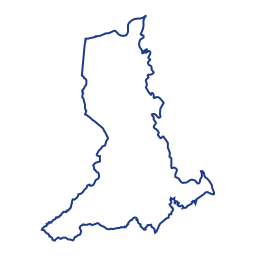 outline of San Martín De Loba, Bolívar, Colombia
{"feature_id": "7082276B59511587690039", "entity_name": "San Martín De Loba", "entity_type": "district", "adm_level": 2, "iso_a3": "COL", "parent_name": "Colombia", "parent_adm1": "Bolívar", "projection": "orthographic", "projection_center": [-73.999, 8.811], "detail": "fine", "context": "isolated", "style": "outline", "palette": "blue", "viewbox_px": 256, "rotation_deg": 0, "n_neighbors": 0, "source": "geoboundaries", "source_scale": "gbopen_adm2", "svg_char_len": 5831}
<svg xmlns="http://www.w3.org/2000/svg" viewBox="0 0 256 256"><path d="M42.9,230.1L44.2,230.2L45.0,231.6L46.6,233.2L47.0,233.5L47.7,233.5L48.6,234.2L48.8,234.9L49.4,235.4L49.4,236.4L50.2,236.4L50.6,237.0L51.8,237.5L52.3,238.5L52.3,239.4L52.5,239.8L53.4,240.0L54.2,240.6L54.8,240.6L55.4,239.6L58.3,237.4L60.4,238.8L61.4,238.6L62.8,237.7L64.9,237.6L65.7,237.7L68.2,239.5L70.1,239.4L72.7,240.4L73.5,239.9L74.9,237.1L76.5,236.5L77.6,235.5L80.1,234.5L80.7,233.0L81.2,230.9L80.6,230.2L80.0,228.3L79.6,228.0L79.6,227.4L80.6,226.0L81.8,225.3L82.6,225.1L83.2,224.3L84.9,224.9L87.4,224.7L90.0,223.9L92.1,225.1L94.6,224.3L96.9,223.3L98.1,223.2L100.5,225.3L104.2,226.9L107.0,229.0L108.7,229.3L111.4,228.7L113.0,229.2L116.4,228.2L119.7,227.9L121.0,227.1L122.3,227.4L123.0,227.1L124.0,227.4L124.5,227.2L125.0,226.6L125.7,227.0L125.8,226.5L126.8,225.8L127.3,224.5L128.2,224.3L128.3,222.8L129.1,221.8L130.1,221.0L130.8,220.1L132.1,219.9L132.8,218.5L134.5,217.5L135.9,217.6L136.8,218.3L136.4,219.8L136.7,220.1L137.3,219.6L137.6,219.8L138.1,222.6L138.7,223.3L140.5,224.3L140.7,224.8L140.3,225.3L140.3,225.9L144.0,229.6L145.1,229.7L145.7,229.5L145.7,229.0L145.3,228.0L146.9,226.5L147.3,225.6L147.9,224.9L149.2,225.2L151.0,224.7L151.4,225.5L151.5,226.8L152.1,227.3L152.6,227.3L154.6,229.3L154.6,230.8L155.1,232.7L156.6,231.5L156.8,230.6L158.3,227.9L158.7,226.1L160.2,223.6L166.1,218.6L168.5,217.7L168.9,215.3L169.3,214.4L169.7,214.2L171.2,214.3L171.6,211.8L172.4,211.2L173.0,209.7L172.9,208.4L172.4,207.7L171.9,207.7L171.6,207.0L171.0,206.7L169.6,204.4L170.3,204.1L171.4,202.3L171.1,200.6L170.3,199.8L171.0,198.0L172.2,199.0L173.2,198.9L174.3,198.2L174.1,199.6L175.0,201.0L174.6,203.1L175.1,203.3L175.9,201.3L177.2,201.5L177.6,202.2L178.9,203.1L178.8,203.6L177.7,203.7L177.4,204.1L177.6,205.0L178.6,206.0L179.9,206.4L180.8,205.8L182.3,205.5L182.8,206.0L183.1,206.7L182.6,208.1L184.0,207.6L185.4,207.9L186.5,207.4L186.9,206.4L187.4,206.0L191.6,203.8L191.7,203.3L192.1,203.0L192.3,202.4L192.0,202.0L193.1,201.0L193.4,201.2L193.8,200.8L194.2,200.8L194.2,201.3L194.8,201.0L195.0,201.3L194.9,202.6L195.4,203.7L195.9,202.1L195.5,201.7L196.1,201.0L196.5,200.0L196.1,199.9L196.3,199.4L203.7,194.3L205.3,192.7L206.2,192.2L207.6,192.1L209.2,193.0L212.6,194.3L213.6,194.3L214.1,193.9L214.0,192.6L213.5,191.1L212.2,187.9L211.9,185.3L209.4,181.2L207.3,178.7L205.6,177.5L204.8,176.6L204.3,175.6L204.2,174.3L203.7,172.7L202.3,171.1L201.0,171.2L201.9,174.0L201.9,176.3L201.4,177.6L200.2,179.3L200.0,181.2L199.4,182.8L198.6,183.5L197.3,183.3L195.6,181.1L194.6,180.3L192.1,179.7L190.6,179.9L187.1,182.2L186.0,182.6L182.6,182.9L181.2,182.1L179.8,180.5L179.5,179.4L178.8,178.6L175.3,176.9L175.3,174.3L176.7,171.1L176.9,169.9L176.1,168.6L174.6,167.7L173.6,167.6L172.0,168.2L171.6,168.0L171.2,165.9L171.5,163.4L171.3,161.3L171.4,158.9L171.1,158.1L169.8,157.1L169.4,156.5L169.8,155.0L169.7,152.2L167.8,147.5L167.9,143.2L166.4,140.7L163.4,136.6L162.9,136.5L161.1,138.1L160.4,138.1L158.0,135.1L157.9,134.5L158.7,133.2L158.7,132.2L156.7,129.6L154.6,128.3L153.8,127.4L153.9,126.1L155.6,123.9L155.9,123.2L155.8,122.5L153.7,119.4L153.7,117.1L152.3,115.7L151.9,114.5L152.8,114.0L154.5,114.1L156.0,115.0L158.3,117.6L159.3,117.7L160.2,117.1L160.5,116.3L159.9,114.3L160.3,109.1L160.8,107.8L163.7,102.9L160.7,99.1L159.5,97.9L158.4,97.3L156.5,97.1L155.5,97.4L154.5,98.1L154.1,98.0L153.7,97.4L153.7,95.2L153.1,93.6L152.4,93.0L151.7,93.1L151.0,93.7L151.0,94.7L150.6,94.7L148.2,91.5L145.9,87.4L146.7,85.6L146.9,84.3L145.8,80.4L146.5,79.1L148.0,78.0L148.5,77.3L147.7,75.8L147.7,75.2L148.6,74.6L150.4,74.7L151.8,74.3L153.2,73.2L153.7,72.3L151.6,69.7L151.6,67.6L151.3,66.3L148.6,64.6L148.0,63.4L148.0,62.6L148.3,61.6L150.2,59.8L150.1,59.4L148.7,58.3L148.3,57.4L150.2,53.9L150.4,52.7L150.2,51.9L149.5,51.2L148.5,51.0L146.9,52.2L145.9,52.6L144.9,52.6L144.5,52.1L144.5,51.6L145.1,50.9L146.8,49.9L146.9,49.4L146.5,49.3L143.6,51.3L142.9,53.2L142.4,53.3L142.1,52.7L142.3,50.8L139.6,46.9L139.1,44.9L139.3,42.3L140.0,40.1L140.9,39.2L143.5,37.5L143.7,36.8L143.4,35.7L142.2,35.0L141.3,34.9L140.7,34.2L142.9,29.0L143.5,26.0L143.4,21.1L144.3,18.0L146.3,15.4L142.5,18.0L139.4,18.6L137.2,18.6L134.4,19.1L132.3,20.1L130.1,21.7L128.6,23.6L128.0,25.4L128.0,31.8L127.4,33.5L126.2,35.3L122.8,35.9L120.8,35.5L118.8,34.5L115.4,30.9L113.9,30.8L110.5,32.5L108.0,33.3L105.4,33.5L100.4,35.7L98.5,36.1L95.8,36.3L95.8,36.8L88.2,38.6L85.6,38.7L85.2,40.6L85.5,40.7L85.4,41.8L84.7,44.4L81.9,75.1L81.9,75.6L83.6,76.7L84.0,78.0L85.7,79.0L86.4,80.2L86.3,84.5L84.3,87.5L84.1,88.3L82.1,90.7L82.7,91.4L82.4,92.5L83.1,93.3L82.4,95.4L82.2,97.2L83.3,98.1L83.9,100.9L85.1,104.8L84.9,106.6L85.1,108.6L85.6,109.9L86.3,110.8L85.1,114.4L87.1,115.3L90.8,118.2L92.4,119.9L94.0,120.8L102.8,128.2L104.1,130.5L104.3,131.3L104.9,131.8L105.5,132.9L108.1,138.3L106.3,141.1L105.0,145.5L103.2,146.1L101.7,147.2L101.2,148.4L98.9,150.6L97.0,153.9L96.7,154.9L97.1,155.4L99.2,156.4L99.9,156.2L99.9,161.5L96.6,162.4L95.1,163.1L93.2,165.3L94.1,167.7L94.1,169.3L95.2,170.0L96.6,172.0L98.0,172.5L98.8,173.8L99.1,177.0L98.0,178.9L96.4,179.6L95.6,180.3L94.3,183.3L93.5,184.5L92.4,185.5L90.3,185.8L89.7,184.6L89.4,184.6L87.2,185.6L86.9,187.0L86.4,188.0L84.1,190.1L82.7,192.3L80.7,193.8L78.3,194.4L78.0,195.8L77.4,197.1L74.8,199.5L74.0,199.6L73.1,199.3L72.7,199.4L72.2,200.9L71.8,202.7L72.0,203.4L71.3,204.6L71.0,207.0L70.5,207.6L70.4,208.3L69.6,208.7L69.4,209.4L68.4,209.9L67.9,210.7L66.7,210.7L66.6,211.6L66.0,212.2L64.0,211.7L62.9,212.3L62.5,212.7L62.4,213.3L61.6,213.9L60.9,215.2L59.8,215.6L59.2,216.9L58.2,216.9L57.0,217.9L56.6,217.9L56.4,217.3L56.2,217.3L55.0,219.3L53.7,219.8L52.3,221.0L51.2,222.6L50.2,222.5L49.9,222.8L49.7,222.6L49.9,222.2L49.7,222.0L48.8,222.3L48.1,222.9L48.1,223.8L47.4,224.4L46.7,224.2L46.9,224.9L46.4,225.5L46.4,226.0L44.3,226.6L42.3,228.6L41.9,229.5L42.7,229.5L42.9,230.1Z" fill="none" stroke="#1e3a8a" stroke-width="2"/></svg>